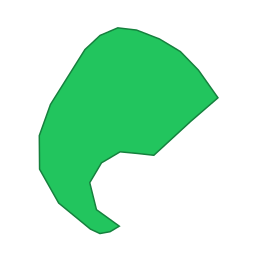 the state/province of São Filipe, rotated 82°
{"feature_id": "CPV-5042", "entity_name": "São Filipe", "entity_type": "state/province", "adm_level": 1, "iso_a3": "CPV", "parent_name": "Cabo Verde", "parent_adm1": "", "projection": "albers", "projection_center": [-24.4, 14.921], "detail": "fine", "context": "isolated", "style": "filled", "palette": "green", "viewbox_px": 256, "rotation_deg": 82, "n_neighbors": 0, "source": "natural_earth", "source_scale": "10m", "svg_char_len": 445}
<svg xmlns="http://www.w3.org/2000/svg" viewBox="0 0 256 256"><g transform="rotate(82 128 128)"><path d="M224.0,150.3L228.2,160.2L228.6,170.5L222.9,179.3L192.7,207.1L156.5,221.3L123.2,216.9L93.9,201.5L44.3,159.7L32.4,142.7L27.4,124.2L32.2,105.9L44.2,84.5L59.6,65.5L80.5,50.2L110.6,34.7L130.3,65.2L158.6,106.2L154.6,121.9L150.5,139.1L158.8,159.1L176.8,173.5L204.5,170.6L224.0,150.3Z" fill="#22c55e" stroke="#15803d" stroke-width="1.5"/></g></svg>